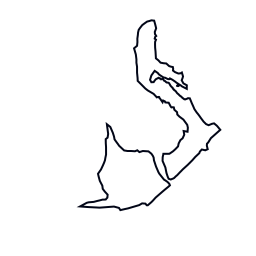 the district of Brass, Bayelsa, Nigeria, rotated 323°
{"feature_id": "59680162B87797979497124", "entity_name": "Brass", "entity_type": "district", "adm_level": 2, "iso_a3": "NGA", "parent_name": "Nigeria", "parent_adm1": "Bayelsa", "projection": "equal_earth", "projection_center": [6.404, 4.514], "detail": "fine", "context": "isolated", "style": "outline", "palette": "ink", "viewbox_px": 256, "rotation_deg": 323, "n_neighbors": 0, "source": "geoboundaries", "source_scale": "gbopen_adm2", "svg_char_len": 5107}
<svg xmlns="http://www.w3.org/2000/svg" viewBox="0 0 256 256"><g transform="rotate(323 128 128)"><path d="M198.5,132.1L199.7,130.5L200.7,129.3L199.1,125.7L199.6,122.2L201.4,121.1L203.0,119.9L204.4,116.1L203.0,116.0L201.0,114.8L199.2,111.7L198.5,109.2L199.7,107.9L200.5,106.3L199.4,105.1L198.1,103.3L197.4,99.5L195.4,97.7L193.3,95.4L193.0,92.3L192.2,89.2L196.0,83.5L198.0,80.2L200.0,77.4L201.5,75.5L203.5,74.3L203.1,72.7L204.7,71.5L205.9,71.5L206.0,70.6L206.1,69.2L207.2,67.4L208.8,66.4L210.5,65.3L212.0,61.8L213.5,58.0L211.5,56.1L209.4,55.4L207.3,54.5L203.8,54.4L201.3,54.4L197.9,55.3L196.1,55.9L195.7,56.0L193.5,57.8L191.9,59.6L189.3,62.2L189.0,62.6L187.2,65.1L184.7,67.8L180.8,68.0L178.5,74.0L176.0,78.3L174.1,80.8L173.8,81.3L172.1,84.5L168.5,89.3L165.7,93.9L164.1,96.2L164.9,101.8L165.6,107.0L165.9,108.0L166.2,109.2L166.4,109.9L169.0,116.2L169.1,117.4L169.4,120.0L169.4,120.8L170.2,121.1L171.3,121.7L171.5,121.9L171.5,122.1L171.2,122.4L171.1,122.9L171.3,123.4L171.1,128.2L172.6,127.2L173.5,129.0L173.2,130.0L173.8,130.6L175.7,132.3L175.0,136.7L175.1,137.7L176.2,138.3L177.0,139.1L176.0,141.3L176.7,144.9L175.5,146.9L175.9,149.8L177.3,154.6L177.2,161.1L176.0,163.8L173.3,166.8L170.6,163.9L168.9,167.2L165.4,169.1L162.6,169.2L159.2,170.8L156.9,172.8L153.2,173.4L150.0,173.7L145.6,173.5L143.9,172.3L143.4,171.9L140.7,169.9L140.0,170.6L138.2,172.1L135.8,175.1L134.1,182.0L132.5,185.3L131.9,186.6L131.7,186.9L131.6,187.3L131.4,187.8L130.4,190.8L129.9,193.0L131.2,194.9L132.2,195.1L133.4,195.5L134.7,195.7L136.3,195.5L136.7,195.4L138.9,195.3L142.9,194.6L143.6,194.5L143.8,194.5L146.9,194.0L153.5,193.4L159.9,192.5L164.2,191.6L169.8,191.0L171.2,190.1L174.0,189.6L176.3,192.3L178.9,192.9L180.3,189.6L181.6,188.1L183.4,187.8L188.1,186.0L200.6,185.0L200.4,180.5L200.3,179.5L199.5,176.1L197.6,175.2L194.1,174.3L193.4,173.1L192.7,171.9L192.4,169.7L192.2,168.5L192.2,164.7L192.2,164.0L192.3,161.2L192.3,158.8L192.2,157.0L192.4,152.9L193.2,149.7L193.9,146.5L194.7,143.5L195.2,141.5L194.9,141.3L194.7,141.1L194.2,140.6L193.9,140.3L193.7,140.3L193.0,140.2L192.6,140.1L192.3,140.0L192.0,139.9L191.8,139.8L191.5,139.8L191.3,139.7L190.9,139.6L190.8,139.4L190.6,139.3L190.5,139.2L190.4,139.1L190.4,138.9L190.3,138.7L190.2,138.7L190.1,138.4L190.0,138.2L189.9,137.7L189.8,137.3L189.8,137.1L189.7,137.0L189.6,136.7L189.6,136.4L189.5,136.1L189.5,135.6L189.4,135.1L189.3,134.9L189.3,134.6L189.2,134.5L189.1,134.1L189.0,133.9L189.0,133.7L188.9,133.5L188.8,133.3L188.8,132.8L188.7,132.5L188.7,131.9L188.6,131.5L188.6,131.3L188.5,131.0L188.5,130.9L188.4,130.6L188.3,130.3L188.3,129.9L188.2,129.5L188.2,128.6L188.2,128.4L188.3,128.0L188.3,127.5L188.2,127.2L188.1,126.8L188.0,126.4L188.0,126.1L187.9,125.8L187.8,125.4L187.8,125.1L187.7,125.1L187.7,124.8L187.6,124.6L187.6,124.3L187.6,124.2L187.6,123.3L187.6,123.2L187.8,123.0L187.8,122.7L187.8,122.4L187.7,122.2L187.5,121.1L187.5,120.7L187.4,119.8L187.4,119.6L187.4,119.4L187.5,119.2L187.6,118.7L187.6,118.1L187.7,117.6L187.8,117.3L187.8,117.0L187.7,116.7L187.6,116.4L187.5,116.2L187.3,115.9L187.1,115.7L186.9,115.5L186.7,115.4L186.5,115.2L186.4,115.0L186.2,114.8L186.2,114.6L186.0,114.1L186.0,113.7L185.9,113.4L185.9,113.2L185.8,112.9L185.8,112.7L185.7,112.6L185.6,112.4L185.5,112.2L185.4,112.0L185.3,111.9L185.4,111.0L185.4,110.2L185.3,109.9L185.2,109.6L184.4,109.4L184.2,109.3L184.1,109.2L183.9,109.0L183.8,108.8L183.7,108.8L183.7,108.4L183.6,108.1L183.5,107.9L183.4,107.8L183.4,107.7L183.2,107.6L183.2,107.4L182.9,107.2L182.7,106.7L182.8,106.5L182.7,106.3L179.5,105.8L177.5,106.3L176.1,106.8L174.2,105.5L174.6,102.8L178.3,100.1L183.7,98.4L184.9,102.0L184.9,103.1L185.1,104.4L186.4,108.1L186.9,109.2L187.9,110.2L189.1,112.6L190.1,113.7L191.0,114.1L191.4,113.8L192.5,116.2L193.5,119.1L193.9,120.7L194.2,121.6L194.7,122.9L194.6,124.3L194.5,124.5L194.4,124.6L193.7,124.6L193.4,124.4L193.2,124.3L193.1,124.2L193.0,123.9L192.9,123.8L192.9,123.7L192.7,123.7L192.6,123.8L192.8,124.0L192.9,124.4L193.0,124.5L193.4,124.7L193.5,124.8L194.5,124.8L194.6,124.7L194.7,124.3L194.8,124.3L194.8,124.2L194.8,123.9L194.8,123.2L195.1,124.2L195.8,125.7L196.1,127.1L196.6,128.2L198.5,132.1ZM42.5,161.8L48.3,166.9L57.5,174.6L69.5,182.3L72.7,186.4L72.5,189.0L76.8,190.9L79.6,192.2L90.5,196.3L93.9,196.7L96.4,198.9L96.4,200.0L96.5,201.0L97.3,201.6L99.0,201.5L102.0,201.3L104.1,201.0L108.2,200.2L116.7,199.6L120.2,199.4L125.2,199.2L127.0,199.0L127.4,197.4L127.1,194.9L126.3,192.4L125.7,190.9L125.5,183.4L125.7,181.7L127.2,175.6L129.3,169.4L130.7,167.0L131.1,165.1L131.2,162.6L130.3,159.0L126.0,155.3L122.6,154.1L122.0,151.4L119.6,150.8L116.6,148.2L113.7,146.0L111.4,143.6L110.2,136.8L110.3,135.1L110.3,132.9L110.4,129.0L111.7,126.4L113.0,122.7L114.5,116.5L113.4,112.3L111.8,115.1L108.6,120.8L105.9,123.4L103.5,123.5L101.1,126.8L99.0,130.0L98.4,130.8L94.5,136.0L92.1,138.1L90.2,139.9L88.2,141.2L85.6,142.7L81.8,144.7L81.4,144.9L76.5,146.5L75.3,149.2L73.7,153.2L73.5,154.3L72.8,158.6L71.2,161.4L71.2,164.8L71.6,169.0L69.6,171.2L67.9,171.5L67.2,171.7L65.5,170.6L64.6,169.9L61.4,168.6L59.4,167.7L56.2,166.4L51.9,163.7L50.0,162.9L48.5,162.7L42.5,161.8Z" fill="none" stroke="#020617" stroke-width="2"/></g></svg>